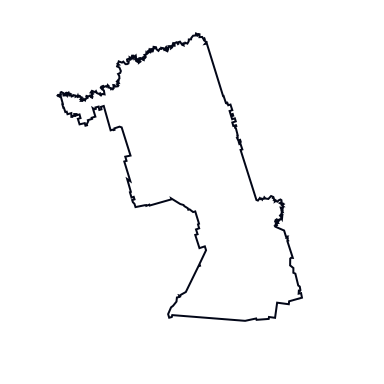 outline of Federation, New South Wales, Australia, rotated 154°
{"feature_id": "25037944B19057969948609", "entity_name": "Federation", "entity_type": "district", "adm_level": 2, "iso_a3": "AUS", "parent_name": "Australia", "parent_adm1": "New South Wales", "projection": "albers", "projection_center": [146.287, -35.462], "detail": "fine", "context": "isolated", "style": "outline", "palette": "ink", "viewbox_px": 384, "rotation_deg": 154, "n_neighbors": 0, "source": "geoboundaries", "source_scale": "gbopen_adm2", "svg_char_len": 6136}
<svg xmlns="http://www.w3.org/2000/svg" viewBox="0 0 384 384"><g transform="rotate(154 192 192)"><path d="M113.6,318.9L115.4,319.4L113.2,320.4L114.6,322.8L113.6,323.5L113.5,324.7L114.7,324.6L114.9,326.9L117.4,327.9L116.1,330.5L116.9,331.1L118.8,330.2L119.2,330.9L118.4,332.1L118.9,332.7L120.1,331.1L122.5,332.0L125.1,330.8L125.9,329.6L128.0,330.5L128.9,328.9L131.1,327.4L132.7,329.2L133.6,328.6L134.6,329.5L135.2,329.2L135.4,327.6L136.3,328.5L136.9,332.4L139.4,332.7L139.8,331.9L139.4,331.2L139.8,331.1L140.2,333.3L142.9,333.5L143.6,334.1L144.6,333.1L143.1,332.0L143.5,331.1L145.4,332.0L146.4,330.7L147.8,330.4L146.8,332.3L149.1,333.3L149.2,332.3L150.3,332.3L150.4,331.2L152.4,329.3L153.6,330.9L151.8,331.3L151.7,333.6L154.7,332.2L154.8,333.9L156.5,335.1L156.9,334.1L158.2,334.8L160.3,333.6L161.3,335.8L161.0,337.2L162.1,337.4L161.3,338.2L162.9,339.3L165.6,335.6L166.6,335.9L165.4,336.3L165.8,337.1L165.5,338.1L166.8,338.6L166.9,337.5L168.2,335.9L169.1,337.1L168.0,337.7L168.1,338.5L168.8,337.8L170.0,337.9L170.3,336.3L171.5,336.0L171.9,337.3L172.8,335.8L174.6,336.0L174.3,334.6L176.2,334.5L175.0,333.3L175.6,333.0L176.3,333.6L177.5,331.7L178.5,332.8L178.3,334.1L179.6,334.0L179.7,335.0L180.8,335.4L181.8,334.4L181.1,333.7L181.5,333.0L181.2,331.8L182.8,331.5L182.0,332.7L183.5,332.3L184.5,333.8L182.8,334.5L182.7,335.3L183.4,335.7L184.6,334.9L184.9,336.1L183.5,336.4L183.5,337.1L184.5,337.8L183.1,338.2L182.8,339.2L184.6,338.5L184.7,340.1L186.1,340.8L186.8,340.0L185.7,340.0L185.7,338.7L186.5,337.9L186.7,339.4L187.3,339.6L188.1,338.6L189.0,340.2L189.6,338.4L190.5,339.5L192.3,339.6L192.8,337.8L191.5,337.2L192.8,335.4L194.3,335.4L195.7,336.1L196.6,339.3L198.2,339.0L200.6,341.5L201.4,340.5L202.7,340.0L202.0,338.4L203.3,338.7L204.3,337.7L202.7,335.8L202.9,331.9L204.3,330.5L206.7,330.5L206.5,328.2L207.5,325.8L210.2,324.6L209.4,323.9L210.0,323.4L210.0,322.4L211.0,323.2L210.9,321.9L212.1,321.8L211.4,320.0L212.3,319.5L214.5,320.3L215.0,322.1L215.8,322.6L216.7,319.8L218.1,319.1L218.5,320.2L219.7,319.9L219.7,321.2L221.3,322.6L220.4,323.6L220.8,324.7L221.3,323.8L221.9,324.6L222.7,324.2L223.2,324.9L224.8,325.0L225.3,326.3L227.4,326.4L228.3,325.7L227.9,324.4L227.0,325.2L225.9,324.9L227.6,323.4L226.7,321.9L227.8,318.1L229.9,319.6L231.5,318.7L232.0,319.6L231.5,321.0L232.8,321.1L234.1,322.6L234.1,324.7L235.2,324.2L237.6,326.8L239.0,326.0L237.8,325.6L237.8,325.0L238.8,324.7L238.1,323.6L239.6,323.4L239.6,321.4L240.4,320.5L241.0,321.3L240.3,321.8L240.3,322.9L241.3,322.4L241.7,323.4L243.2,323.3L244.7,324.6L245.3,324.0L244.8,322.4L247.0,322.2L247.9,321.3L248.3,322.6L248.8,322.0L249.5,322.4L250.6,321.9L251.9,322.6L250.2,323.7L251.3,324.3L249.6,325.3L250.7,326.5L250.7,327.5L251.2,327.9L252.1,327.2L252.6,327.6L252.4,328.6L253.3,327.8L253.8,328.7L254.9,328.7L254.4,329.7L256.3,331.2L256.7,331.0L256.6,329.8L257.2,330.7L258.4,330.7L258.3,332.3L260.0,332.5L259.9,333.3L258.3,333.5L258.9,334.3L259.9,334.3L259.5,335.5L260.7,335.4L261.3,336.2L262.4,335.9L261.5,334.1L262.1,333.3L262.6,335.4L263.3,334.3L264.8,334.9L263.5,336.1L264.9,336.3L264.4,337.5L265.6,339.1L266.4,339.1L267.5,337.5L266.5,336.5L269.9,338.0L270.6,337.6L270.2,336.7L268.9,336.4L269.0,335.5L268.1,335.2L269.5,327.6L270.1,327.7L270.7,324.1L270.2,324.0L270.8,319.4L269.4,319.1L269.8,316.5L265.9,315.8L267.5,312.4L266.7,312.0L266.3,312.9L263.7,311.6L263.3,312.4L264.1,312.8L263.7,313.7L261.5,312.6L261.8,311.5L259.1,311.0L259.8,307.3L262.5,307.8L263.4,302.1L258.2,300.9L258.7,298.3L257.1,298.0L256.9,299.0L254.3,301.0L254.1,302.2L249.8,301.5L249.6,302.7L245.8,302.1L244.4,310.8L243.4,309.1L242.0,308.9L241.7,310.3L238.5,309.7L239.3,306.4L237.1,306.0L236.5,308.4L233.6,308.0L238.1,283.1L235.2,282.6L235.3,282.0L234.4,281.8L233.8,283.2L228.5,282.5L226.9,280.9L231.3,251.7L236.5,253.0L237.2,248.7L239.5,249.1L242.7,228.8L244.6,232.0L246.9,218.9L247.9,219.0L248.8,213.5L246.5,213.2L246.9,210.6L249.3,211.0L249.6,208.8L248.9,206.6L249.4,203.2L240.2,200.8L238.9,200.3L239.1,199.6L235.9,199.3L236.0,198.4L213.6,194.4L213.5,195.3L207.8,186.3L205.3,184.0L205.1,182.7L202.9,179.2L203.1,177.7L201.8,177.5L199.8,173.5L197.6,173.1L199.6,160.4L200.8,160.3L201.5,156.2L204.8,156.6L205.5,151.6L207.9,152.0L209.9,138.3L204.3,137.5L204.9,133.5L216.8,124.0L217.1,122.2L217.9,122.3L217.8,123.2L241.4,104.8L247.0,104.5L248.0,103.9L248.7,104.5L248.6,103.5L249.4,103.7L249.5,103.2L251.8,103.8L254.0,100.3L258.9,98.0L261.4,97.5L267.0,92.7L267.6,89.0L265.0,88.5L263.7,90.0L200.7,52.9L189.8,50.2L190.0,48.8L178.7,44.3L177.6,45.9L172.5,42.5L164.0,55.2L154.2,48.7L152.6,51.2L139.5,48.8L138.3,53.3L140.7,53.9L139.2,56.5L138.2,55.8L137.6,56.2L136.6,59.8L137.5,61.4L134.9,73.3L136.3,75.0L134.2,79.2L136.0,83.0L132.9,89.1L131.7,89.4L130.3,88.6L127.8,106.1L126.9,106.1L127.0,107.5L126.3,108.5L125.4,108.5L127.0,109.3L125.7,110.1L127.1,110.7L126.1,117.0L132.3,124.3L132.4,125.1L130.1,125.0L130.0,126.5L130.7,126.6L130.1,127.2L128.2,126.4L128.3,127.5L130.2,129.0L129.2,130.1L127.8,130.3L127.2,127.8L126.0,128.4L126.3,129.0L125.4,129.0L125.3,128.5L123.2,129.1L123.1,128.1L121.9,130.0L123.0,130.7L123.2,132.3L122.0,132.6L121.1,131.4L120.6,131.8L120.9,133.7L120.1,134.2L119.9,135.2L119.2,134.5L119.0,136.9L118.4,136.6L118.4,137.3L119.3,137.8L119.1,139.1L117.3,137.9L116.7,138.6L117.4,139.4L116.3,139.0L116.9,140.6L115.8,140.8L116.4,141.2L115.3,141.7L116.5,142.8L117.3,142.6L117.9,143.5L115.8,143.8L115.2,145.5L115.8,146.5L118.1,146.5L119.3,145.8L120.7,147.2L121.5,147.1L120.9,147.8L121.4,148.2L120.7,148.3L121.5,149.7L121.2,150.7L121.9,151.2L121.2,152.0L122.7,153.7L126.4,152.3L128.8,153.9L129.3,155.5L130.5,154.4L131.8,155.1L132.3,154.5L132.8,155.8L133.5,155.7L133.7,156.8L136.5,155.4L137.6,156.6L129.9,208.5L128.1,208.2L127.3,214.2L128.4,214.3L128.1,216.1L126.2,215.8L125.9,217.8L127.8,218.1L127.8,220.9L127.1,220.8L126.5,222.9L126.1,222.8L124.6,230.1L125.1,230.6L124.8,232.2L123.3,231.9L123.2,232.8L125.9,233.3L125.3,236.8L121.7,236.3L121.2,239.4L124.0,239.8L123.6,242.8L121.5,242.5L121.2,244.3L123.3,244.6L123.1,245.8L122.7,248.3L119.9,247.9L119.1,253.7L121.4,254.1L121.2,256.1L121.7,256.2L121.5,257.1L122.5,257.2L121.5,264.5L122.0,264.6L113.6,318.9Z" fill="none" stroke="#020617" stroke-width="2"/></g></svg>